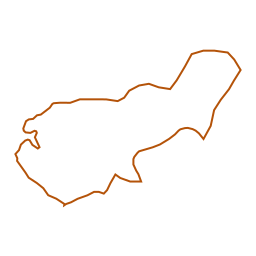 the district of Pyongwon, P'yŏngan-namdo, North Korea
{"feature_id": "82179303B73199246171338", "entity_name": "Pyongwon", "entity_type": "district", "adm_level": 2, "iso_a3": "PRK", "parent_name": "North Korea", "parent_adm1": "P'yŏngan-namdo", "projection": "mercator", "projection_center": [125.567, 39.283], "detail": "fine", "context": "isolated", "style": "outline", "palette": "amber", "viewbox_px": 256, "rotation_deg": 0, "n_neighbors": 0, "source": "geoboundaries", "source_scale": "gbopen_adm2", "svg_char_len": 1209}
<svg xmlns="http://www.w3.org/2000/svg" viewBox="0 0 256 256"><path d="M64.2,205.3L66.1,204.0L71.0,202.3L77.6,198.8L87.4,195.3L94.0,191.9L98.9,191.9L103.8,193.6L107.1,190.1L110.4,183.2L115.4,174.5L120.3,178.0L130.1,181.5L141.1,181.5L138.4,174.2L136.2,170.6L133.4,164.5L133.4,159.1L134.3,156.9L137.5,152.8L139.1,151.3L152.7,147.3L159.9,144.5L169.1,138.9L175.0,134.4L178.6,130.6L180.4,129.3L184.9,128.1L187.8,127.9L192.6,129.1L195.6,130.6L198.9,133.3L203.5,139.0L210.7,125.9L214.1,110.1L220.8,99.7L229.0,89.2L234.0,80.5L240.6,70.0L234.2,59.5L227.7,52.5L224.6,52.1L214.6,50.7L203.2,50.7L191.7,54.1L185.0,66.4L176.7,80.3L170.1,89.1L158.7,87.3L148.9,83.8L139.1,85.5L129.2,90.7L124.2,97.7L117.7,101.1L106.2,99.4L98.0,99.3L88.2,99.3L80.0,99.3L70.2,102.8L60.4,102.7L53.8,103.2L52.4,103.9L49.8,107.7L40.8,114.6L37.0,115.3L33.1,118.9L28.8,119.4L26.0,121.2L23.3,128.5L23.8,130.7L25.6,132.4L30.4,132.9L34.5,130.8L36.2,131.3L36.8,132.9L34.9,137.3L39.5,147.2L37.8,148.5L32.4,144.9L29.6,140.2L27.8,139.6L26.0,140.3L25.3,140.5L20.9,144.6L19.0,150.1L15.4,154.1L17.3,158.2L17.1,160.9L25.4,172.5L28.7,177.7L36.8,183.0L43.3,188.2L48.2,195.2L56.3,198.7L64.4,204.0L64.2,205.3Z" fill="none" stroke="#b45309" stroke-width="2"/></svg>